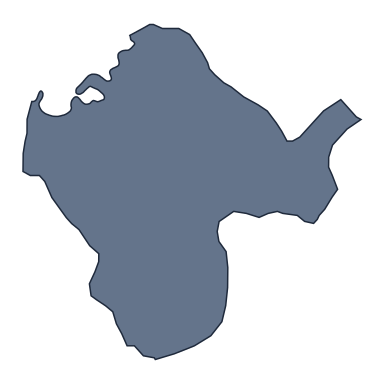 the district of Wiwon, Chagang-do, North Korea
{"feature_id": "82179303B10108678790042", "entity_name": "Wiwon", "entity_type": "district", "adm_level": 2, "iso_a3": "PRK", "parent_name": "North Korea", "parent_adm1": "Chagang-do", "projection": "mercator", "projection_center": [126.021, 40.774], "detail": "fine", "context": "isolated", "style": "filled", "palette": "slate", "viewbox_px": 384, "rotation_deg": 0, "n_neighbors": 0, "source": "geoboundaries", "source_scale": "gbopen_adm2", "svg_char_len": 5479}
<svg xmlns="http://www.w3.org/2000/svg" viewBox="0 0 384 384"><path d="M79.0,229.6L89.7,245.7L98.8,253.7L98.7,261.7L95.0,271.7L89.4,283.8L91.1,295.8L96.6,299.8L105.6,305.8L112.8,311.8L116.4,323.8L121.8,333.8L127.1,345.8L134.4,345.8L143.4,355.8L154.3,357.8L155.3,359.5L174.3,353.8L194.4,345.8L210.9,335.7L221.9,321.7L225.7,305.7L227.6,287.6L227.8,267.6L226.1,251.6L218.9,241.5L217.2,231.5L219.1,221.5L233.7,211.4L246.4,213.4L259.1,217.4L268.2,213.4L277.4,211.4L282.8,213.4L297.3,215.4L304.6,221.4L313.6,223.4L317.3,219.4L319.2,215.4L324.7,209.3L332.0,197.3L337.6,189.3L332.2,175.2L328.6,167.2L328.7,157.1L332.5,145.1L347.1,129.0L361.0,119.5L356.3,116.9L340.8,99.6L323.6,110.9L299.8,137.1L292.5,141.1L287.0,141.1L281.6,131.1L276.3,123.0L267.3,111.0L258.2,104.9L243.7,96.9L231.1,86.9L223.8,82.8L214.8,74.8L209.4,68.8L207.6,62.7L202.2,52.7L195.1,42.6L189.7,34.6L178.8,28.5L162.4,28.5L153.4,24.5L149.7,24.5L142.4,28.6L129.8,35.4L129.9,35.6L130.1,35.9L130.3,37.0L130.4,37.5L130.7,39.4L130.9,39.6L131.1,39.9L131.5,40.4L131.7,40.6L132.4,41.0L133.8,42.0L134.0,42.3L134.2,42.6L134.4,42.9L134.5,43.2L134.6,43.5L134.6,43.8L134.5,44.1L134.5,44.4L134.3,44.7L133.9,45.2L133.6,45.5L132.7,46.5L131.4,48.0L130.7,48.5L130.3,48.9L130.0,49.1L129.2,49.7L128.9,49.8L128.5,50.1L128.1,50.2L127.7,50.2L126.6,50.3L125.5,50.3L123.9,50.5L123.2,50.6L122.0,51.0L121.8,51.1L121.6,51.2L121.1,51.5L120.8,51.6L120.2,52.0L119.8,52.3L119.6,52.4L119.2,52.7L118.9,53.1L118.7,53.3L118.4,53.8L118.3,54.0L118.2,54.3L118.0,54.9L118.0,55.9L118.0,57.0L118.0,57.5L118.3,58.8L118.6,59.6L118.7,59.9L118.8,60.3L118.8,60.8L118.9,61.2L119.0,61.5L119.1,62.0L119.1,62.4L119.1,62.8L119.2,63.2L119.1,63.7L119.0,64.2L118.9,64.5L118.7,65.0L118.4,65.5L117.8,66.0L117.6,66.2L117.3,66.3L116.6,66.7L116.1,66.9L115.6,67.2L115.0,67.5L114.7,67.6L114.3,67.8L113.2,68.2L112.5,68.6L112.3,68.8L112.1,68.9L111.5,69.3L111.3,69.4L110.9,69.7L110.5,70.1L110.2,70.6L110.0,71.0L109.8,71.5L109.7,72.3L109.7,72.6L109.8,73.0L109.9,73.5L110.1,74.1L110.6,75.4L110.9,76.2L111.3,77.6L111.4,78.3L111.4,78.5L111.4,78.8L111.3,79.0L111.3,79.3L111.2,79.4L111.2,79.6L111.0,79.9L110.7,80.2L110.6,80.3L110.0,80.7L109.6,80.9L109.1,81.0L108.4,81.1L108.1,81.1L107.8,81.1L107.5,81.1L107.1,81.1L106.7,81.0L106.2,80.8L104.9,79.9L104.5,79.6L104.1,79.4L103.8,79.0L102.6,78.1L101.8,77.4L101.3,77.2L100.9,76.9L100.2,76.2L99.7,75.9L99.3,75.6L98.7,75.3L97.8,75.0L96.9,74.6L96.5,74.5L95.1,74.3L93.9,74.2L92.5,74.2L92.1,74.3L91.7,74.3L91.4,74.4L90.7,74.7L90.3,74.9L89.3,75.3L89.0,75.5L88.4,75.9L88.1,76.1L87.5,76.8L86.6,77.6L86.3,78.0L85.2,79.2L84.9,79.7L84.2,80.4L83.6,81.1L83.3,81.5L83.0,81.9L82.6,82.3L82.2,82.7L81.5,83.6L80.6,84.4L80.2,84.9L79.8,85.2L79.1,85.9L78.4,86.6L77.6,87.3L77.4,87.6L77.1,87.8L76.9,88.1L76.4,88.9L76.2,89.5L76.0,90.3L76.0,91.1L76.0,91.7L76.0,92.2L76.0,92.5L76.3,93.0L76.7,93.4L77.0,93.7L77.3,93.9L77.7,94.0L78.4,94.2L79.0,94.2L79.8,94.2L80.7,93.9L82.2,93.0L82.9,92.6L83.7,91.9L84.6,90.9L84.9,90.6L85.5,90.0L86.1,89.5L86.8,88.7L87.5,88.2L88.1,87.6L88.4,87.4L89.0,86.8L89.9,86.4L90.3,86.3L90.6,86.4L91.3,86.7L92.9,87.5L93.3,87.7L94.4,88.1L95.1,88.5L96.2,88.9L97.2,89.3L97.9,89.7L98.7,90.3L99.1,90.6L99.5,90.9L99.9,91.3L100.5,91.8L101.1,92.4L101.7,92.9L102.0,93.1L102.3,93.4L102.8,93.9L103.5,94.7L103.7,95.0L103.9,95.4L104.2,96.1L104.3,96.4L104.4,97.2L104.4,97.5L104.4,97.9L104.2,98.6L104.1,98.9L104.0,99.2L103.8,99.4L103.6,99.6L103.4,99.7L102.6,100.0L101.4,100.4L100.0,101.0L99.1,101.4L97.9,101.7L97.6,101.7L97.2,101.7L96.9,101.6L95.7,101.2L95.0,100.9L94.7,100.8L93.9,100.6L93.4,100.5L93.1,100.6L92.9,100.7L91.6,101.7L91.2,102.1L90.9,102.4L90.5,102.9L90.3,103.1L90.1,103.3L89.7,103.5L89.0,103.8L88.6,103.9L88.1,104.0L87.7,104.1L87.0,104.2L86.6,104.2L86.3,104.2L86.0,104.2L85.6,104.2L85.2,104.1L84.2,103.7L83.8,103.4L83.5,103.2L83.2,103.0L82.1,102.0L81.7,101.7L81.1,101.0L80.6,100.3L80.0,99.5L79.7,99.1L79.4,98.9L79.0,98.5L78.8,98.2L78.4,97.8L77.6,97.2L77.3,97.0L76.8,96.9L75.5,96.9L75.1,97.0L74.9,97.1L74.5,97.4L73.8,97.9L73.2,98.6L73.0,98.9L72.1,100.1L71.6,101.2L71.4,101.8L71.2,102.6L71.0,104.1L71.0,104.6L71.0,105.7L71.1,106.4L71.3,106.8L71.4,107.3L71.4,107.7L71.4,108.2L71.3,108.7L71.2,109.2L71.0,109.6L70.4,110.8L69.9,111.4L69.6,111.6L69.2,111.9L68.9,112.2L68.5,112.5L68.1,112.8L67.2,113.4L66.4,113.9L65.6,114.3L65.2,114.5L64.7,114.7L64.3,114.9L63.2,115.2L62.6,115.3L61.9,115.5L61.0,115.8L59.4,116.1L58.6,116.3L58.1,116.4L57.1,116.4L55.5,116.4L54.9,116.3L54.5,116.4L54.0,116.3L53.5,116.3L53.1,116.2L52.8,116.2L52.0,116.0L51.6,115.9L50.7,115.6L49.2,115.2L48.5,114.9L48.3,114.8L47.1,114.4L46.3,114.1L46.0,113.9L45.6,113.8L45.2,113.6L45.0,113.4L44.7,113.3L44.5,113.1L43.8,112.6L43.6,112.4L43.4,112.3L42.8,111.8L42.0,111.1L41.7,110.8L41.5,110.4L41.0,109.8L40.6,109.2L40.4,108.8L40.3,108.5L40.1,108.2L39.9,107.9L39.7,107.3L39.5,106.9L39.4,106.6L39.3,106.2L39.1,105.7L39.1,105.4L39.0,105.0L38.9,104.0L39.0,103.6L39.1,103.2L39.3,102.7L39.7,101.8L39.9,101.4L40.4,100.7L40.6,100.3L40.8,100.0L41.1,99.7L41.4,99.3L41.9,98.4L42.1,97.9L42.3,97.5L42.3,97.3L42.5,96.9L42.8,96.0L42.8,95.6L42.9,95.1L42.9,94.7L42.9,93.8L42.9,93.3L42.7,92.9L42.5,92.5L41.9,91.6L41.6,91.3L41.3,91.1L40.9,91.0L40.5,91.1L39.7,91.9L39.2,92.7L39.0,93.2L38.5,94.4L38.2,95.0L38.1,95.6L37.8,96.2L37.1,98.1L36.9,98.6L36.6,99.1L36.0,100.0L35.1,100.8L34.7,101.1L33.8,101.4L33.3,101.5L32.3,101.5L31.8,101.5L27.1,119.2L27.0,133.3L25.1,141.3L23.2,153.4L23.0,171.5L30.3,175.5L39.4,175.5L44.8,181.5L51.9,197.6L66.3,217.6L71.7,223.6L79.0,229.6Z" fill="#64748b" stroke="#1e293b" stroke-width="1.5"/></svg>